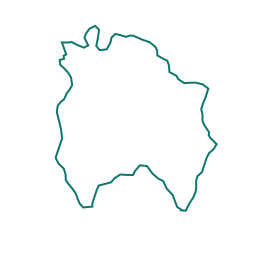 the district of Suncheon-si, South Jeolla, South Korea, rotated 198°
{"feature_id": "91817680B16002130574290", "entity_name": "Suncheon-si", "entity_type": "district", "adm_level": 2, "iso_a3": "KOR", "parent_name": "South Korea", "parent_adm1": "South Jeolla", "projection": "mercator", "projection_center": [127.399, 35.008], "detail": "fine", "context": "isolated", "style": "outline", "palette": "teal", "viewbox_px": 256, "rotation_deg": 198, "n_neighbors": 0, "source": "geoboundaries", "source_scale": "gbopen_adm2", "svg_char_len": 1510}
<svg xmlns="http://www.w3.org/2000/svg" viewBox="0 0 256 256"><g transform="rotate(198 128 128)"><path d="M52.0,66.1L47.5,67.2L47.0,71.1L46.0,76.5L44.5,81.9L44.0,87.4L44.5,91.8L47.0,99.2L47.0,103.6L44.0,109.0L44.0,117.4L44.0,123.8L43.1,129.2L40.1,134.2L38.7,140.0L46.5,143.9L49.0,146.1L49.5,148.9L56.4,154.4L59.3,157.8L61.3,163.7L64.2,168.6L64.2,174.6L63.7,181.9L63.8,190.2L70.4,192.6L77.7,192.0L81.5,190.8L88.4,188.0L95.3,190.0L98.1,192.6L105.8,194.0L108.6,200.5L111.4,204.1L115.8,204.7L122.5,206.1L124.1,210.4L126.5,213.2L130.0,214.8L133.8,216.2L137.4,216.4L140.7,216.4L151.9,217.4L154.9,216.4L158.3,214.0L163.7,214.0L169.2,213.5L171.6,209.0L171.1,203.1L172.6,196.2L179.0,193.3L183.5,196.2L184.4,204.1L185.9,212.5L190.8,215.0L195.3,210.5L197.2,204.6L197.2,200.2L191.3,194.3L194.8,190.8L201.7,191.3L208.1,192.3L211.5,190.8L214.5,189.8L217.3,188.9L217.2,188.8L209.5,178.9L211.6,176.6L210.1,174.1L212.2,172.7L214.0,171.6L212.0,167.2L206.6,164.7L202.2,162.2L197.7,158.3L194.3,151.4L195.3,147.0L196.8,142.5L197.7,135.6L200.2,131.7L201.7,127.3L200.7,121.3L194.3,111.0L191.3,106.1L187.4,97.7L187.7,77.7L186.9,76.5L183.0,72.6L176.6,69.6L173.1,64.7L171.1,59.3L167.2,56.3L161.8,52.9L157.3,49.4L153.9,45.0L150.4,41.0L146.0,38.6L137.5,42.3L138.6,45.0L138.6,51.9L138.6,59.3L138.1,64.2L127.3,71.1L125.3,76.0L120.9,81.4L115.0,82.9L108.6,84.9L108.1,89.3L105.1,96.2L98.2,97.7L90.8,92.3L83.9,89.3L78.0,88.3L72.6,82.4L64.7,78.0L61.3,73.6L56.8,68.1L51.9,66.7L52.0,66.1Z" fill="none" stroke="#0f766e" stroke-width="2"/></g></svg>